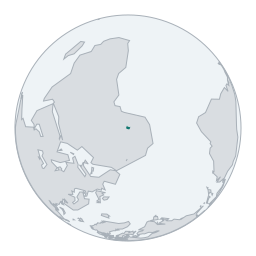 globe centered on Passoré, rotated 203°
{"feature_id": "BFA-2817", "entity_name": "Passoré", "entity_type": "Province", "adm_level": 1, "iso_a3": "BFA", "parent_name": "Burkina Faso", "parent_adm1": "", "projection": "orthographic", "projection_center": [-2.128, 12.879], "detail": "fine", "context": "on_globe", "style": "filled", "palette": "teal", "viewbox_px": 256, "rotation_deg": 203, "n_neighbors": 0, "source": "natural_earth", "source_scale": "10m", "svg_char_len": 8616}
<svg xmlns="http://www.w3.org/2000/svg" viewBox="0 0 256 256"><g transform="rotate(203 128 128)"><circle cx="128" cy="128" r="113" fill="#eef3f6" stroke="#a8b0b8"/><path d="M98.0,19.4L97.6,19.6L86.5,23.9L88.6,23.2L85.7,24.9L87.1,24.9L84.6,26.0L87.8,25.1L89.8,24.1L91.8,23.5L92.8,23.5L89.8,24.8L88.9,25.0L88.6,25.4L86.7,26.1L88.2,25.8L84.5,27.6L89.5,25.9L87.8,27.4L85.0,28.7L83.5,28.4L73.3,31.6L70.0,33.4L66.8,35.8L64.6,40.3L61.7,42.6L59.0,45.7L61.4,44.4L64.4,41.5L68.2,40.1L71.3,37.1L73.3,36.3L77.2,33.6L78.5,34.3L77.7,36.6L74.5,38.9L74.0,40.1L78.6,38.3L74.1,43.6L73.8,48.9L72.4,50.5L67.0,52.1L63.1,50.6L56.1,54.1L62.5,52.3L59.0,56.8L59.2,57.8L60.5,58.1L62.6,56.7L61.8,58.5L55.1,60.5L55.7,58.9L57.8,58.2L56.0,57.7L51.5,59.7L50.0,62.1L44.7,63.7L43.6,65.6L41.9,67.2L43.9,64.0L40.1,69.9L33.6,74.7L28.2,85.9L31.4,76.4L31.3,74.6L30.7,73.8L29.7,75.5L30.2,72.9L28.4,75.5L25.1,82.3L28.7,74.8L32.9,67.6L37.6,60.8L42.8,54.4L48.4,48.3L54.5,42.6L61.0,37.5L67.8,32.8L75.0,28.6L82.4,25.0L90.1,21.9L98.0,19.4ZM23.5,86.0L21.6,91.0L21.4,92.8L22.9,89.4L23.6,89.7L19.8,99.3L20.6,102.7L18.6,110.4L18.4,115.1L19.6,115.0L20.6,118.1L22.4,114.2L24.9,112.9L23.8,119.3L26.0,114.1L26.8,117.9L32.4,120.0L31.7,121.3L36.2,130.9L43.0,136.3L44.5,141.5L43.5,144.2L46.3,145.7L46.4,147.7L59.0,153.3L66.8,159.4L67.4,166.0L62.7,172.5L62.5,187.2L55.1,190.2L56.0,195.8L55.1,202.9L50.2,200.8L54.5,205.5L54.2,207.3L51.8,206.6L54.0,209.4L52.3,208.7L55.2,211.1L56.4,213.8L60.5,217.2L62.4,219.2L65.1,221.2L64.4,220.8L64.7,221.1L66.0,222.0L62.1,219.4L56.7,215.2L54.9,213.5L53.9,212.7L49.5,208.2L49.9,208.8L42.9,200.7L39.0,194.4L29.7,174.0L27.4,169.2L23.3,162.5L18.0,144.4L18.1,138.5L17.5,134.9L19.4,127.1L19.8,118.1L19.4,116.3L18.4,119.1L17.8,111.8L18.7,104.7L20.0,96.0L23.5,86.0ZM26.5,89.5L27.5,97.2L25.4,96.6L26.1,95.8L26.1,93.0L25.7,89.9L24.3,90.0L26.5,89.5ZM30.4,84.4L30.1,83.6L30.6,83.9L30.4,84.4ZM76.3,33.4L76.7,33.5L75.7,34.0L76.3,33.4ZM77.5,32.3L76.1,32.7L76.4,32.3L77.3,32.0L77.5,32.3ZM79.2,31.9L77.3,31.4L78.0,30.7L82.0,29.0L79.2,31.9ZM90.0,23.8L87.9,24.9L88.7,24.0L90.0,23.8ZM90.0,23.5L89.6,22.5L93.1,21.2L92.5,21.7L96.3,20.2L98.2,20.0L96.6,20.8L93.9,21.6L96.7,20.9L90.0,23.5ZM92.7,23.1L92.3,23.0L95.3,21.8L96.6,21.9L95.2,22.2L92.7,23.1ZM96.4,20.0L98.9,19.3L101.1,18.9L102.4,18.6L98.6,19.9L96.4,20.0ZM95.0,22.5L97.2,22.1L96.7,22.7L93.3,23.3L95.0,22.5ZM95.5,21.4L97.0,20.9L96.6,21.2L95.5,21.4ZM96.0,25.1L95.5,24.7L97.0,24.0L96.0,25.1ZM98.1,21.9L98.3,21.7L98.8,21.4L100.1,21.3L98.1,21.9ZM100.4,19.6L100.8,19.7L102.1,19.1L103.8,18.9L101.0,19.9L102.9,19.4L103.5,19.4L100.5,20.2L100.4,19.6ZM103.1,20.5L100.0,22.0L100.7,22.8L99.4,23.4L98.5,22.0L103.1,20.5ZM101.8,20.2L102.3,20.5L100.4,21.0L98.9,21.1L101.8,20.2ZM106.0,18.5L104.1,18.5L104.8,18.3L106.0,18.5ZM103.6,20.6L104.3,20.3L103.9,20.6L103.6,20.6ZM105.7,19.0L104.9,19.0L105.7,18.8L105.7,19.0ZM106.4,19.7L105.4,20.1L104.4,20.2L106.4,19.7ZM106.4,19.3L107.7,19.0L104.6,19.9L105.9,19.3L106.4,19.3ZM106.6,18.8L106.8,18.7L106.8,18.9L106.6,18.8ZM110.9,19.5L107.3,20.6L105.0,20.6L108.8,19.5L110.9,19.5ZM63.2,220.1L66.3,222.2L65.3,221.3L70.0,224.2L69.9,224.4L63.2,220.2L63.2,220.1ZM68.3,222.3L69.1,222.2L70.2,222.8L69.9,223.1L68.3,222.3ZM233.0,87.3L231.7,84.1L232.8,88.1L235.4,101.1L237.7,111.7L237.7,117.2L232.9,103.7L229.2,94.2L228.4,95.9L222.7,89.2L215.4,91.8L213.6,89.5L212.4,91.3L208.2,89.8L205.0,86.1L202.9,87.1L211.2,96.8L213.4,95.9L214.0,90.9L216.0,94.7L220.0,97.2L218.6,108.4L206.5,121.1L204.0,113.4L187.5,94.1L187.2,91.6L187.1,91.4L186.8,90.9L186.7,95.0L183.4,91.3L193.7,105.0L196.1,111.3L206.4,121.6L205.8,123.1L208.7,125.0L216.3,119.8L216.6,122.5L213.9,136.1L202.1,155.7L202.9,166.7L200.7,176.3L191.7,184.1L190.7,191.0L185.8,194.3L184.3,198.3L179.4,203.0L171.7,207.7L160.7,209.1L161.3,205.7L157.9,199.3L153.7,182.9L157.9,174.5L157.5,168.3L149.3,154.8L151.2,146.6L148.7,143.5L143.7,144.6L140.6,140.8L137.4,140.9L116.6,144.6L109.4,139.5L98.9,123.5L102.1,117.0L101.2,109.6L121.9,84.2L127.9,85.3L146.1,80.9L148.6,81.6L148.2,87.3L163.2,92.9L166.0,87.8L177.9,90.1L184.6,88.9L184.0,78.3L172.9,79.9L169.2,75.3L176.8,69.7L186.2,68.8L185.1,67.0L177.7,63.8L178.4,60.2L175.0,62.5L177.4,64.1L175.3,65.7L172.9,64.4L173.3,63.1L170.0,62.7L169.2,69.7L171.7,72.1L164.0,74.4L167.3,78.8L165.8,81.2L159.6,74.9L159.0,72.3L148.7,66.3L148.6,69.0L158.3,75.1L155.9,74.8L155.8,79.2L154.0,75.7L143.4,68.8L135.5,71.3L128.0,82.6L122.8,83.8L117.4,82.1L117.6,71.3L129.1,69.7L129.3,66.4L124.8,62.1L128.7,62.2L128.2,60.4L132.4,59.8L136.0,55.2L139.9,54.4L139.3,49.2L141.2,48.2L141.0,51.5L143.0,53.5L152.3,52.2L153.5,51.0L152.4,47.9L155.1,48.1L152.8,45.3L157.2,43.6L149.9,43.5L148.4,40.4L149.9,37.8L148.1,36.9L145.6,41.2L145.8,43.0L148.1,44.5L147.4,50.2L144.6,51.4L140.4,45.9L136.0,47.3L134.6,42.8L142.1,33.0L146.3,31.1L157.6,33.6L157.8,35.5L153.8,35.3L159.3,38.0L158.0,36.5L160.2,36.9L159.4,34.5L160.9,34.7L157.4,32.2L159.2,32.2L161.4,33.8L161.6,30.7L164.8,30.3L164.1,29.6L162.5,28.9L167.7,29.2L166.9,28.7L164.9,28.3L162.1,27.1L159.3,25.2L161.2,25.4L162.5,26.1L168.2,28.2L171.4,30.3L171.9,30.3L169.6,28.5L162.7,25.9L160.4,24.8L163.7,25.7L162.3,25.3L161.8,24.8L163.1,24.6L159.5,23.5L151.0,19.2L152.7,18.8L156.6,19.8L152.7,18.2L154.5,18.5L162.5,20.8L170.4,23.6L178.0,27.1L185.3,31.0L192.3,35.5L199.0,40.6L205.3,46.1L211.2,52.0L216.6,58.4L221.5,65.1L225.9,72.2L229.7,79.6L233.0,87.3ZM116.8,96.9L116.6,99.1L116.8,96.9ZM197.7,73.5L202.4,72.8L197.8,67.0L199.2,66.4L197.1,64.8L197.4,66.6L191.9,62.3L193.1,60.1L191.2,57.7L189.6,57.8L188.3,62.7L196.2,68.7L196.2,71.5L197.7,73.5ZM32.6,120.0L33.1,121.5L32.1,121.2L32.6,120.0ZM24.3,99.0L24.9,99.6L24.9,100.8L24.3,100.8L24.3,99.0ZM31.2,103.2L32.3,104.3L30.8,104.2L31.2,103.2ZM27.8,98.3L30.3,102.6L27.6,103.3L26.1,100.7L27.6,100.9L27.8,98.3ZM28.5,87.7L28.7,88.5L28.1,89.5L28.5,87.7ZM30.8,84.7L30.6,84.7L30.8,83.6L30.8,84.7ZM59.4,56.6L59.9,56.5L60.9,57.1L59.7,57.6L59.4,56.6ZM69.5,56.1L68.0,59.0L68.2,57.1L66.3,58.1L64.5,55.6L71.6,51.1L68.7,53.5L69.5,56.1ZM64.0,51.5L64.3,53.3L63.7,51.5L64.0,51.5ZM121.9,52.2L124.0,53.1L123.4,55.1L118.5,57.1L119.3,54.0L121.9,52.2ZM127.1,53.9L124.2,48.4L127.1,47.3L125.9,48.8L128.2,48.6L126.9,51.0L132.5,55.8L132.4,58.0L123.4,59.7L126.4,57.8L124.2,56.9L127.1,53.9ZM111.6,39.2L110.4,37.6L118.4,37.1L118.6,38.7L113.7,40.5L110.6,39.7L111.6,39.2ZM86.7,29.4L85.7,29.4L86.5,28.9L88.0,28.6L86.7,29.4ZM95.6,25.0L91.8,29.2L90.5,29.3L89.8,32.0L86.0,33.5L86.6,31.6L83.2,35.0L82.3,33.9L80.3,36.3L82.0,31.9L81.0,31.4L83.5,31.4L87.0,29.9L88.2,29.2L90.8,26.6L90.3,25.1L93.7,23.7L96.1,23.2L96.8,23.3L94.4,24.1L96.9,23.8L94.0,25.1L95.6,25.0ZM123.4,22.1L120.4,22.2L125.0,23.2L122.1,23.9L122.8,24.0L121.4,25.0L120.9,26.4L119.3,26.6L119.8,27.2L118.8,28.0L119.0,28.8L116.2,29.5L116.1,30.7L114.8,30.4L115.5,32.2L113.7,31.2L112.4,32.4L114.8,32.7L99.4,36.4L94.3,39.2L91.0,42.2L88.5,40.6L89.9,36.9L93.7,32.8L98.9,30.5L96.8,30.4L98.7,29.3L99.6,29.9L99.4,28.5L101.2,27.8L104.5,25.2L103.1,23.9L104.3,23.0L105.8,23.2L105.9,22.3L109.4,22.1L110.4,21.6L114.7,21.1L117.0,22.0L117.8,21.4L121.2,21.2L123.4,22.1ZM112.1,19.3L115.5,19.9L115.5,20.7L107.9,21.3L106.5,21.8L101.6,22.6L101.7,21.5L103.1,21.4L104.4,21.0L103.9,21.5L105.4,20.8L107.3,20.7L109.0,20.2L109.6,20.5L112.1,19.3ZM150.5,79.3L152.3,79.4L154.8,78.8L154.8,81.7L150.5,79.3ZM143.2,74.7L144.7,74.2L145.9,77.7L144.0,77.8L143.2,74.7ZM144.4,71.1L144.6,73.9L143.4,72.4L144.4,71.1ZM142.3,51.0L143.7,50.4L144.3,51.1L143.9,52.3L142.3,51.0ZM136.5,26.5L134.7,26.1L134.9,25.8L132.4,24.4L134.4,23.9L136.7,24.6L136.5,26.5ZM182.7,80.3L181.3,82.6L180.0,81.8L180.8,81.2L182.7,80.3ZM167.8,82.3L171.7,83.1L167.8,83.1L167.8,82.3ZM138.2,25.8L136.9,25.2L138.7,25.4L138.2,25.8ZM135.7,23.6L137.6,23.6L134.3,23.7L135.7,23.6ZM198.4,215.8L197.4,216.7L196.7,217.2L198.4,215.8ZM214.3,171.6L205.3,189.2L201.6,190.1L202.3,185.6L206.6,175.2L211.3,171.3L214.0,166.3L214.3,171.6ZM238.0,112.6L239.3,118.3L239.1,119.9L238.0,112.6ZM153.2,23.4L154.5,25.6L156.8,27.4L160.1,28.5L156.0,28.2L152.5,25.3L153.2,23.4ZM151.1,19.6L148.2,18.9L149.0,18.8L149.8,19.0L151.1,19.6ZM149.6,19.5L146.9,19.5L145.0,18.9L147.5,19.0L149.6,19.5ZM142.7,22.0L142.9,22.7L141.5,22.5L142.7,22.0ZM142.9,16.4L143.2,16.4L142.6,16.3L142.9,16.4ZM145.7,16.8L143.2,16.4L146.8,17.0L145.7,16.8Z" fill="#d9dde1" stroke="#a8b0b8" stroke-width="1"/><path d="M127.3,128.3L127.3,128.2L127.2,128.1L127.0,128.3L127.0,128.2L126.9,128.2L126.9,127.9L127.0,127.8L127.3,127.8L127.5,127.7L127.8,127.6L128.0,127.6L128.3,127.6L128.5,127.5L128.8,127.5L129.0,127.7L129.1,127.8L129.1,128.0L129.0,127.9L128.9,127.9L128.8,128.0L128.5,128.0L128.4,128.2L128.3,128.3L128.2,128.3L127.9,128.4L127.7,128.4L127.7,128.5L127.4,128.5L127.4,128.4L127.5,128.4L127.4,128.3L127.3,128.3Z" fill="#14b8a6" stroke="#0f766e" stroke-width="1.5"/></g></svg>